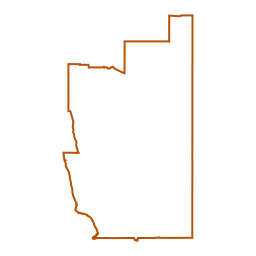 Mount Remarkable, South Australia, Australia
{"feature_id": "25037944B97955965068321", "entity_name": "Mount Remarkable", "entity_type": "district", "adm_level": 2, "iso_a3": "AUS", "parent_name": "Australia", "parent_adm1": "South Australia", "projection": "mercator", "projection_center": [138.036, -32.718], "detail": "fine", "context": "isolated", "style": "outline", "palette": "amber", "viewbox_px": 256, "rotation_deg": 0, "n_neighbors": 0, "source": "geoboundaries", "source_scale": "gbopen_adm2", "svg_char_len": 4727}
<svg xmlns="http://www.w3.org/2000/svg" viewBox="0 0 256 256"><path d="M68.4,64.1L68.4,111.2L70.3,111.2L73.1,120.7L73.2,121.0L73.3,122.9L73.2,123.2L73.2,123.6L72.8,126.2L72.7,126.7L72.8,127.0L72.8,127.4L73.3,129.4L73.4,129.9L73.4,130.2L73.4,130.5L73.2,131.5L73.2,131.8L73.2,132.1L73.2,132.4L73.3,132.7L73.4,133.0L74.0,134.5L74.1,134.9L74.2,135.1L74.2,135.4L74.2,136.5L74.3,136.8L74.3,137.1L76.2,141.6L76.3,141.9L76.3,142.3L76.4,142.7L76.2,145.2L76.2,145.5L76.2,145.8L77.9,151.5L78.2,152.1L78.6,152.8L63.5,152.7L63.6,153.5L63.7,154.2L63.7,155.0L63.8,155.5L63.7,155.8L63.8,156.0L63.9,156.5L64.0,157.2L64.1,157.5L64.1,157.8L64.2,158.6L64.5,159.6L64.5,160.0L64.8,160.1L64.5,160.2L64.5,160.3L64.7,160.9L65.0,161.6L65.3,162.3L65.5,162.7L65.6,163.0L65.7,163.3L65.8,164.1L65.8,164.4L65.8,164.5L65.7,165.4L65.9,166.4L65.9,166.5L66.0,166.6L66.3,166.9L66.6,167.1L66.8,167.4L66.8,167.5L66.7,167.4L66.5,167.2L66.4,167.2L66.4,167.3L66.5,167.5L66.6,167.9L66.8,168.3L67.0,168.5L67.3,169.0L67.5,169.4L67.6,169.7L67.7,169.8L68.0,170.3L68.1,170.5L68.5,171.4L68.8,172.4L69.0,173.0L69.3,174.0L69.3,174.5L69.5,175.0L69.6,175.9L69.8,176.4L69.8,176.9L69.8,177.2L69.9,177.6L70.0,178.2L69.9,178.5L70.1,179.1L70.2,179.6L70.4,180.5L70.6,181.0L70.6,181.4L70.7,181.7L70.8,181.9L70.9,182.2L70.9,182.7L71.0,183.2L71.1,184.2L71.1,184.5L71.1,185.0L71.2,185.4L71.3,185.6L71.6,186.6L71.9,187.6L72.1,188.2L72.2,188.8L72.2,189.3L72.2,189.8L72.3,190.2L72.4,191.0L72.5,192.0L72.4,192.5L72.5,193.2L72.5,193.3L72.5,193.5L72.8,194.1L72.9,194.3L72.9,194.7L73.0,195.2L73.3,195.9L73.4,196.3L73.5,196.5L73.8,197.5L74.5,198.8L74.6,199.1L74.6,199.5L74.9,199.8L75.0,200.1L75.1,200.3L75.1,200.7L75.2,200.9L75.3,201.1L75.4,201.3L75.7,201.9L76.0,202.7L76.2,202.8L76.3,202.9L76.5,202.9L76.5,203.1L76.4,203.3L76.3,203.6L76.3,204.2L76.2,204.6L76.1,205.0L76.3,205.2L76.5,205.0L76.9,205.1L76.9,205.3L76.7,205.7L76.4,206.1L76.3,206.5L76.2,206.8L76.1,207.2L76.0,207.5L76.0,207.8L75.9,207.9L75.8,208.1L75.5,208.3L75.6,208.7L75.6,208.9L75.6,209.1L75.4,209.5L75.4,209.8L75.4,210.0L75.5,210.1L75.9,210.7L76.2,210.9L76.5,211.2L76.9,211.5L77.2,211.8L77.4,212.0L77.5,212.0L77.8,212.2L77.9,212.3L78.0,212.5L78.2,212.8L78.3,213.0L78.6,213.1L78.8,213.1L79.1,213.1L79.3,212.9L79.4,212.7L79.7,212.7L80.1,212.8L80.9,213.1L81.2,213.3L81.4,213.5L81.7,213.5L82.3,213.8L82.7,213.9L82.8,214.0L83.0,213.9L83.1,213.6L83.5,213.5L84.0,213.6L84.8,214.0L85.2,214.2L85.7,214.4L86.1,214.7L86.6,215.1L86.6,214.9L86.8,214.9L87.2,215.1L87.7,215.4L87.7,215.5L87.9,215.7L88.0,215.7L89.0,216.4L89.1,216.5L89.3,216.7L89.4,216.8L89.6,217.0L90.0,217.4L89.7,217.1L89.6,216.9L89.9,217.1L90.0,217.2L90.2,217.3L90.4,217.3L90.5,217.5L91.1,218.1L91.4,218.4L91.5,218.7L91.7,219.0L91.9,219.3L92.0,219.5L92.3,220.4L92.4,220.5L92.5,220.6L92.8,221.0L92.8,221.3L93.0,221.4L93.1,221.8L93.5,222.6L93.7,222.9L93.9,223.6L94.1,224.6L94.2,224.8L94.9,226.4L95.1,226.7L95.5,227.4L95.8,227.9L95.9,228.2L96.1,228.6L96.3,229.0L96.5,229.0L96.6,229.3L97.0,230.3L97.1,230.6L97.2,231.2L97.3,231.7L97.5,232.1L97.6,232.3L97.8,232.5L97.9,233.1L97.9,233.4L97.9,233.8L97.7,234.1L97.7,234.3L97.4,234.3L97.2,234.1L96.8,234.0L96.7,234.0L96.7,234.6L96.8,235.0L96.6,235.1L96.4,235.2L96.2,235.2L96.2,235.3L95.9,235.5L95.6,235.7L95.5,235.8L95.5,236.0L95.7,236.5L96.0,236.9L96.3,237.2L96.0,237.2L95.8,237.2L95.7,237.1L95.6,236.9L95.4,236.8L95.2,236.7L94.8,236.7L94.7,236.6L94.4,236.4L94.1,236.5L93.9,236.6L93.4,237.0L93.2,237.2L92.8,237.5L92.7,237.6L92.7,237.9L92.8,238.2L92.8,238.3L92.8,238.5L93.0,238.6L93.3,238.6L93.6,238.7L94.0,238.9L94.4,239.0L94.8,238.9L95.0,238.8L95.2,238.6L95.4,238.6L95.1,238.5L95.2,238.3L95.4,238.1L95.4,237.9L95.5,237.9L95.6,237.7L95.8,237.7L95.9,237.9L96.2,238.0L96.3,238.1L96.5,238.3L97.4,238.0L98.6,238.0L107.4,238.0L111.7,238.1L117.8,238.1L126.1,238.0L134.0,238.0L135.0,240.1L136.4,240.1L136.4,240.6L137.5,240.6L137.5,239.0L138.0,238.7L138.0,238.0L155.3,237.9L156.4,237.6L157.0,237.6L157.7,237.7L158.1,237.6L159.5,237.5L159.6,237.9L192.3,237.8L192.3,213.6L192.3,210.6L192.3,205.0L192.3,204.0L192.3,203.6L192.3,193.7L192.3,190.3L192.3,190.2L192.4,173.4L192.4,163.5L192.3,159.4L192.4,130.8L192.4,130.6L192.4,127.5L192.4,106.6L192.4,92.5L192.4,64.0L192.5,63.9L192.5,47.9L192.5,45.6L192.5,15.4L181.1,15.4L180.8,16.1L180.7,16.1L176.1,16.1L174.8,16.0L174.7,16.0L169.2,15.6L169.2,28.0L169.2,29.6L169.2,30.3L169.2,30.5L169.2,41.5L165.3,41.4L145.1,41.4L124.6,41.4L124.6,55.2L124.5,73.3L118.5,70.6L117.2,69.9L116.8,69.7L114.0,68.1L112.7,66.7L112.0,66.9L111.4,67.4L109.9,68.1L109.6,68.4L108.1,68.6L107.7,68.2L107.0,67.4L105.1,67.5L104.9,67.5L104.9,67.4L104.5,67.5L104.0,67.0L103.8,67.4L89.1,67.4L89.1,67.6L88.7,67.6L88.7,67.3L88.9,67.3L88.4,64.8L82.3,64.8L80.0,64.9L80.0,64.2L68.4,64.1Z" fill="none" stroke="#b45309" stroke-width="2"/></svg>